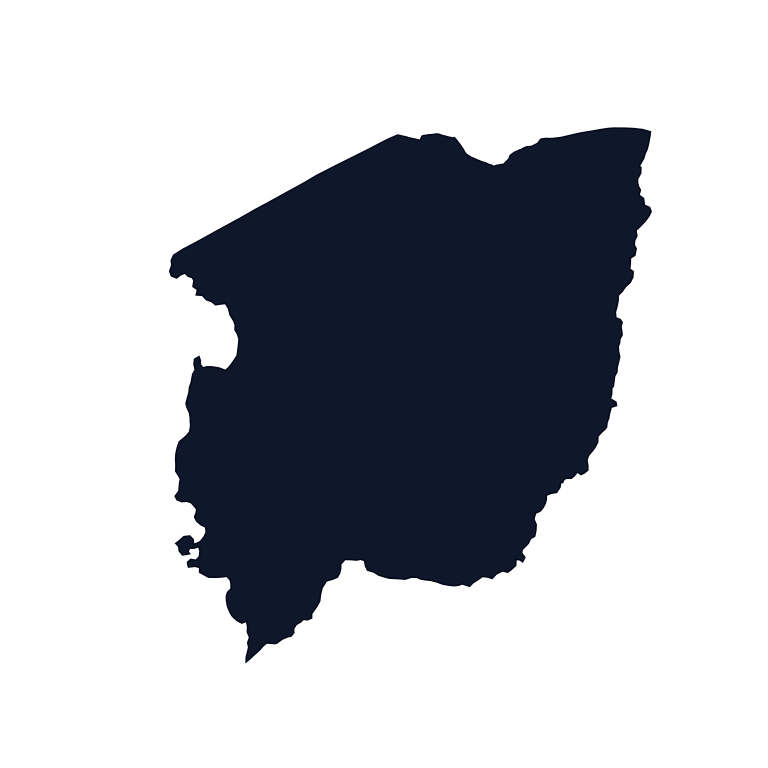 the district of Marakwet East, Rift Valley, Kenya, rotated 11°
{"feature_id": "3690345B26983318491135", "entity_name": "Marakwet East", "entity_type": "district", "adm_level": 2, "iso_a3": "KEN", "parent_name": "Kenya", "parent_adm1": "Rift Valley", "projection": "orthographic", "projection_center": [35.578, 1.135], "detail": "fine", "context": "isolated", "style": "filled", "palette": "ink", "viewbox_px": 768, "rotation_deg": 11, "n_neighbors": 0, "source": "geoboundaries", "source_scale": "gbopen_adm2", "svg_char_len": 5838}
<svg xmlns="http://www.w3.org/2000/svg" viewBox="0 0 768 768"><g transform="rotate(11 384 384)"><path d="M506.5,566.3L509.5,561.9L511.5,560.1L514.0,557.7L517.3,554.2L522.1,553.7L527.3,554.2L530.5,549.1L535.9,544.9L541.4,545.1L544.3,541.9L547.9,537.0L547.1,531.0L550.1,530.7L551.4,530.9L554.0,532.1L555.4,527.4L551.3,523.6L551.3,519.8L552.6,518.2L553.6,516.7L556.0,513.0L557.3,507.9L561.0,504.6L561.0,498.3L560.2,492.9L556.9,488.1L557.4,481.9L561.5,479.0L563.3,475.9L563.9,474.5L564.7,472.1L565.1,470.1L565.4,466.4L564.5,462.0L566.5,461.1L568.4,459.6L574.1,457.5L576.5,451.6L576.2,446.8L578.2,446.7L578.5,444.2L580.6,441.8L585.8,440.8L588.3,437.9L590.5,433.5L594.7,435.3L597.7,433.1L600.5,429.6L599.8,425.6L597.7,419.9L598.2,416.1L598.9,414.2L599.6,412.9L601.9,408.8L602.9,406.7L603.6,404.6L604.9,400.3L603.9,394.6L607.0,389.6L609.6,386.1L610.7,383.8L610.3,379.2L611.1,374.7L611.0,372.4L611.0,370.7L611.2,366.9L611.5,363.5L616.4,360.8L615.1,357.5L609.1,355.4L609.4,350.6L608.4,344.4L609.6,342.5L609.2,337.3L608.9,332.1L610.4,327.9L609.7,323.4L610.0,317.2L610.2,312.4L608.1,307.5L606.8,302.5L607.4,298.6L607.0,294.5L608.4,290.5L607.3,286.8L605.7,282.6L606.0,277.9L605.0,277.1L603.6,275.6L599.0,274.8L597.4,269.4L597.9,263.3L597.9,257.1L597.0,252.3L600.2,247.6L602.3,242.7L606.3,237.2L607.9,231.6L607.1,226.0L603.2,224.3L602.9,219.4L601.9,213.4L605.7,209.8L605.7,202.9L603.1,199.8L602.7,195.0L604.0,190.4L602.0,185.1L605.7,180.0L609.4,174.2L612.1,168.5L613.3,163.7L611.0,160.0L605.5,158.8L603.4,152.4L598.2,149.9L598.7,144.7L596.2,141.7L594.6,138.3L593.8,134.4L595.8,127.9L594.8,122.2L592.9,121.9L594.5,117.0L595.8,113.2L596.4,107.4L597.3,104.4L597.6,101.7L597.8,96.8L597.7,88.4L597.4,85.6L589.4,84.9L587.5,85.0L585.7,85.2L581.4,85.5L576.4,86.2L571.7,86.9L566.6,87.9L561.8,88.7L557.1,89.9L553.8,90.9L552.2,91.5L550.7,92.0L544.6,94.3L538.7,96.6L537.2,97.1L535.6,97.7L529.6,99.9L523.4,102.6L517.6,105.2L511.8,107.8L510.1,108.5L508.5,109.0L502.2,111.0L498.8,111.7L496.9,111.8L495.4,112.3L493.0,113.1L491.1,113.8L490.6,115.0L489.9,116.7L488.9,118.5L487.6,119.5L486.0,120.7L484.3,122.1L482.2,123.1L480.3,123.5L479.1,123.8L477.8,124.7L476.4,125.4L475.4,126.5L474.1,127.5L472.5,128.3L471.2,129.4L470.2,130.1L468.8,131.0L467.5,131.9L466.3,133.3L465.1,134.6L464.3,135.5L464.0,137.1L463.9,138.7L463.2,139.9L462.5,141.2L461.4,142.4L460.5,144.0L459.4,145.5L457.9,146.1L456.3,146.5L454.9,147.3L453.5,147.6L451.8,148.5L450.0,149.6L447.9,148.6L445.9,148.6L443.9,148.2L442.0,147.7L439.9,147.4L438.1,147.3L436.8,147.1L435.4,146.7L434.0,146.5L432.2,146.1L430.3,145.7L427.9,145.1L426.3,144.9L424.8,144.2L423.2,143.6L421.8,143.1L420.3,142.3L418.8,140.8L416.9,138.4L415.7,137.2L413.3,134.9L412.2,133.9L411.1,132.9L408.6,130.7L406.1,128.7L404.3,129.6L402.8,129.3L401.0,129.3L398.9,129.3L396.8,129.0L394.8,129.0L392.9,128.8L391.2,128.4L389.8,128.4L388.5,128.4L386.7,128.9L384.9,129.6L383.2,130.1L381.9,130.5L380.3,130.9L378.9,131.4L377.7,131.9L376.4,132.3L374.3,133.1L373.6,134.9L373.0,137.9L370.9,137.8L368.7,137.7L362.9,137.6L357.4,137.2L355.5,137.2L353.6,137.1L351.1,137.0L349.9,137.0L342.7,141.9L341.2,143.0L334.1,148.5L323.6,156.9L307.4,169.3L294.8,179.0L278.1,192.1L266.0,202.8L251.4,214.9L239.1,225.2L224.6,237.1L211.1,248.7L201.2,256.9L199.2,258.5L189.2,266.8L175.3,278.5L160.7,290.3L152.9,297.7L151.6,303.5L153.1,307.8L152.1,314.1L154.7,318.5L160.1,319.5L163.3,315.8L167.5,313.1L171.2,315.6L175.6,316.1L177.7,318.8L177.9,324.8L182.9,326.9L182.7,332.4L188.6,331.6L193.7,335.2L199.1,336.0L203.5,338.4L207.3,337.0L213.0,335.2L217.1,339.7L219.8,345.7L224.3,350.5L226.6,354.1L226.9,355.8L227.4,359.2L230.8,363.2L233.2,367.8L233.7,373.3L234.1,378.4L234.4,384.4L231.1,392.2L228.4,397.6L225.6,401.0L220.7,400.0L218.7,399.8L216.6,399.8L212.2,400.0L207.2,400.8L203.0,402.7L200.1,400.0L199.2,395.9L197.2,392.4L193.3,395.8L193.7,400.8L196.0,406.1L194.4,410.8L194.4,415.4L194.5,419.4L193.7,424.1L194.2,429.9L193.6,436.6L193.4,441.0L195.2,444.8L198.4,449.1L200.2,453.9L200.5,455.2L201.1,457.9L202.1,461.7L202.3,464.0L202.3,468.1L199.9,472.5L197.3,475.9L194.1,479.7L193.2,486.1L193.1,492.3L193.8,497.5L195.3,503.7L196.2,509.3L198.9,512.2L202.2,515.9L202.3,521.3L203.1,528.2L200.4,534.0L202.8,537.1L207.8,538.1L212.8,536.7L217.2,537.2L220.3,539.4L223.9,542.5L224.1,543.8L224.2,546.0L223.4,550.6L226.4,554.5L231.1,557.1L236.2,558.5L237.8,563.6L236.6,568.1L234.3,572.8L233.3,574.1L231.2,575.7L227.6,577.8L226.4,573.1L222.4,570.2L216.7,572.0L214.4,575.0L213.1,576.8L210.0,580.2L213.5,582.7L214.8,586.9L218.8,590.3L225.6,587.7L223.5,585.9L224.5,582.3L228.9,581.4L233.2,578.9L235.3,583.3L235.7,588.7L233.1,592.9L227.7,593.0L225.1,596.6L225.8,598.5L227.0,601.0L233.2,599.0L238.1,599.3L238.9,604.0L243.6,605.5L248.6,607.1L254.9,606.0L260.4,604.7L266.6,602.7L270.6,606.0L272.1,609.7L272.9,614.4L270.2,618.3L269.7,622.0L270.6,626.2L272.2,630.6L272.8,632.1L274.6,634.9L276.6,637.7L278.6,640.1L279.8,641.1L284.7,644.2L290.1,645.8L294.3,643.1L296.4,648.3L297.2,653.6L300.4,658.3L299.6,664.0L301.4,668.3L301.2,673.0L300.9,678.5L301.7,683.1L304.8,679.4L308.3,674.5L311.3,670.6L312.0,669.6L314.0,666.4L315.0,664.6L317.1,661.9L318.3,660.6L322.6,660.1L326.1,659.7L327.9,659.1L332.7,653.9L337.4,650.7L340.9,649.2L342.9,645.3L341.9,641.5L343.7,636.9L347.6,633.5L349.7,630.4L353.9,630.1L357.6,627.5L356.8,623.3L358.7,619.1L360.2,615.9L362.3,609.4L361.8,601.9L362.1,595.9L363.4,592.6L364.1,590.9L364.7,588.7L366.7,587.5L369.4,586.1L371.0,585.3L375.1,582.5L376.5,578.1L376.7,573.6L375.9,569.2L379.1,563.7L384.8,562.7L390.6,562.1L394.4,560.5L398.6,561.1L400.5,566.0L403.3,569.9L409.9,570.5L415.2,572.6L421.6,573.3L426.1,573.6L430.6,573.0L436.9,572.1L441.8,571.6L447.4,568.6L448.6,568.2L453.3,567.5L457.2,568.4L461.7,568.3L467.5,567.8L473.7,568.2L479.9,569.2L486.0,569.1L490.9,568.7L495.4,567.4L499.0,565.3L504.6,566.0L506.5,566.3Z" fill="#0f172a" stroke="#020617" stroke-width="1.5"/></g></svg>